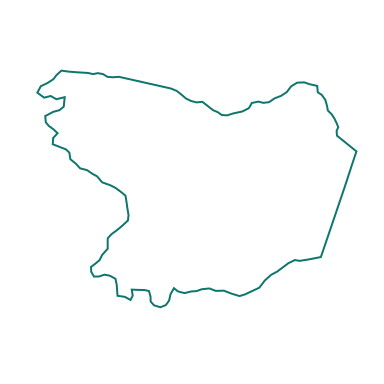 the district of Bananeiras, Paraíba, Brazil, rotated 274°
{"feature_id": "56859067B72565003837618", "entity_name": "Bananeiras", "entity_type": "district", "adm_level": 2, "iso_a3": "BRA", "parent_name": "Brazil", "parent_adm1": "Paraíba", "projection": "natural_earth1", "projection_center": [-35.597, -6.693], "detail": "fine", "context": "isolated", "style": "outline", "palette": "teal", "viewbox_px": 384, "rotation_deg": 274, "n_neighbors": 0, "source": "geoboundaries", "source_scale": "gbopen_adm2", "svg_char_len": 1839}
<svg xmlns="http://www.w3.org/2000/svg" viewBox="0 0 384 384"><g transform="rotate(274 192 192)"><path d="M301.8,111.1L300.9,104.8L301.0,99.6L303.4,95.0L304.0,89.8L302.7,85.0L303.5,79.9L303.4,69.7L303.5,59.9L304.0,53.3L299.2,48.7L294.9,45.9L290.6,40.2L287.0,33.8L280.3,30.8L275.8,37.9L277.9,44.3L275.1,50.2L277.7,58.4L268.2,58.1L264.4,54.1L262.3,48.0L257.5,40.3L251.3,41.3L247.9,44.6L244.8,49.5L241.3,53.8L236.1,49.7L229.9,49.8L227.9,56.3L225.7,63.3L222.7,66.9L216.2,68.4L212.2,74.1L207.8,78.7L206.5,85.8L203.3,91.2L201.0,96.2L195.4,101.7L193.0,110.1L190.8,115.3L186.6,121.9L183.7,125.9L176.0,127.7L172.0,128.5L164.5,130.3L159.2,130.1L154.1,125.4L148.5,119.6L144.4,114.7L140.0,111.2L135.4,111.4L129.6,111.9L123.0,106.8L117.5,104.5L113.8,100.6L110.2,96.5L105.4,97.0L100.8,100.1L101.2,105.0L103.4,110.4L102.8,115.8L100.1,121.7L94.1,123.4L83.3,124.9L82.7,132.4L80.0,138.2L84.5,140.1L90.4,138.7L90.6,145.2L90.9,151.3L90.2,156.0L84.9,157.9L79.8,158.4L76.3,162.0L74.8,168.5L77.4,173.8L82.0,176.7L88.5,177.7L94.8,180.7L91.9,184.8L90.6,191.5L92.8,198.4L93.4,203.3L95.7,208.6L97.0,216.1L95.0,222.7L95.8,230.6L93.3,238.8L91.5,246.7L93.5,251.9L97.2,258.6L101.3,265.9L108.8,270.8L114.9,276.7L118.6,282.6L127.7,293.1L131.3,299.4L130.8,304.1L132.8,312.8L136.1,325.1L177.3,336.0L186.1,338.3L208.9,344.3L231.2,349.9L244.0,353.2L258.3,332.7L263.0,332.0L266.9,333.4L270.9,331.4L275.3,328.9L279.3,325.9L282.8,321.8L286.9,320.8L293.0,318.7L297.8,314.8L300.3,310.5L306.6,309.5L307.7,301.8L309.2,296.4L308.4,289.3L304.4,283.6L298.2,279.5L294.1,274.1L291.2,267.9L287.0,262.6L285.9,257.0L286.8,251.9L285.0,245.5L279.6,242.9L275.8,236.5L273.3,227.8L270.9,221.7L270.9,216.3L273.5,212.0L275.1,207.3L278.9,201.7L282.7,196.0L281.7,190.3L282.7,184.8L284.8,179.5L288.1,175.1L291.8,169.7L293.8,163.6L301.8,111.1Z" fill="none" stroke="#0f766e" stroke-width="2"/></g></svg>